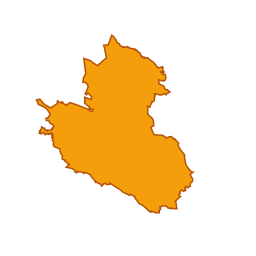 Irlavas pag., Tukums, Latvia, rotated 39°
{"feature_id": "27541924B56900525469147", "entity_name": "Irlavas pag.", "entity_type": "district", "adm_level": 2, "iso_a3": "LVA", "parent_name": "Latvia", "parent_adm1": "Tukums", "projection": "natural_earth1", "projection_center": [22.976, 56.86], "detail": "fine", "context": "isolated", "style": "filled", "palette": "amber", "viewbox_px": 256, "rotation_deg": 39, "n_neighbors": 0, "source": "geoboundaries", "source_scale": "gbopen_adm2", "svg_char_len": 5525}
<svg xmlns="http://www.w3.org/2000/svg" viewBox="0 0 256 256"><g transform="rotate(39 128 128)"><path d="M216.8,159.9L214.6,158.2L213.6,157.0L211.6,155.3L210.7,154.9L211.2,153.4L211.5,150.8L212.0,148.2L211.5,148.3L210.2,148.5L209.5,147.2L209.3,147.0L209.5,146.7L209.7,145.9L208.3,145.2L208.5,143.6L208.6,142.7L210.9,142.2L211.2,141.6L211.9,140.9L212.0,140.2L210.8,140.1L210.9,139.1L209.9,138.8L209.8,137.2L212.4,136.7L211.9,135.6L213.0,134.2L212.7,134.1L211.3,131.5L211.7,128.8L211.1,128.2L210.4,127.0L205.6,125.1L206.3,121.7L206.2,121.8L203.1,122.0L197.6,120.7L195.4,119.5L193.3,117.9L189.0,113.8L189.2,113.4L182.6,111.9L178.0,110.2L177.0,108.0L170.7,107.0L170.4,107.9L168.8,107.7L167.4,107.1L166.5,108.1L165.7,108.8L164.1,111.4L163.1,111.6L160.5,111.7L159.1,112.1L152.5,116.9L150.5,115.9L145.4,113.1L146.5,109.9L143.8,107.0L141.9,105.6L140.7,105.3L139.1,105.0L138.7,105.3L134.6,104.7L132.5,102.1L129.5,98.8L131.9,98.0L131.0,95.5L130.1,92.5L130.8,92.3L131.1,90.2L129.1,87.1L128.9,85.8L127.1,84.8L129.4,83.4L131.3,82.6L133.0,81.6L133.9,79.9L134.9,78.3L136.2,78.2L136.6,78.3L136.8,78.2L136.4,77.4L137.9,73.6L134.2,73.6L133.6,74.3L131.3,74.0L130.6,73.3L130.0,73.1L129.3,73.0L124.3,74.2L121.5,71.2L124.1,70.2L126.1,68.9L126.8,67.9L126.4,66.2L125.7,65.1L125.4,64.7L123.6,63.2L123.0,63.0L122.4,64.1L120.1,64.1L118.8,63.9L118.2,63.7L118.8,63.1L119.4,62.9L119.4,62.7L120.7,62.6L120.9,61.8L118.4,61.1L117.6,60.4L117.5,59.3L116.2,58.7L113.7,62.4L107.1,61.0L100.3,61.2L100.2,61.3L99.4,61.1L99.2,61.0L98.9,61.1L98.8,61.4L98.9,61.7L98.4,62.1L97.9,62.3L97.3,62.3L96.6,62.6L97.0,62.8L97.0,63.1L96.3,63.0L96.4,63.5L95.9,63.6L95.9,63.2L95.4,63.2L94.8,63.4L94.6,63.6L94.8,64.0L94.6,64.2L93.6,63.3L93.1,63.3L92.6,63.8L92.3,63.7L91.9,63.4L91.4,62.8L90.7,62.6L90.6,62.4L90.4,62.2L89.8,62.2L89.1,62.4L88.4,62.4L88.0,62.6L87.8,62.4L87.5,62.4L87.0,62.0L86.8,62.1L86.5,62.1L86.5,62.3L85.7,62.4L85.6,62.6L85.4,62.6L85.3,62.4L85.1,62.2L84.5,62.5L84.1,62.3L83.9,62.4L83.8,62.7L83.7,62.7L83.4,62.4L83.0,62.8L83.2,63.0L82.4,63.0L82.0,63.1L81.9,63.3L80.7,64.2L79.2,64.5L78.9,65.0L78.0,65.1L77.5,64.9L77.4,64.9L77.4,65.3L77.0,65.4L76.5,65.3L76.6,65.6L75.7,66.1L74.9,67.0L74.2,67.3L74.1,67.5L73.7,67.7L73.9,67.8L74.2,67.9L74.3,68.0L74.1,68.3L73.6,68.3L73.1,68.4L72.6,68.3L72.6,68.5L70.4,69.0L70.2,69.0L68.5,68.0L68.2,67.9L67.8,68.0L66.4,68.5L66.0,68.5L65.3,68.2L63.8,67.2L61.4,66.8L59.4,65.9L57.0,66.2L60.3,75.8L60.2,75.8L57.0,79.0L59.4,80.6L61.1,81.9L61.9,82.9L62.7,83.4L67.1,87.1L66.1,92.2L65.6,95.5L65.3,96.3L65.2,97.7L64.9,98.8L58.0,99.4L56.2,99.3L53.5,100.4L50.8,101.4L49.9,101.8L61.0,112.4L61.7,116.9L63.9,120.4L64.1,121.0L64.5,120.9L64.7,120.4L66.8,119.2L70.9,120.6L72.9,126.4L72.9,127.0L73.2,127.0L73.3,127.3L73.0,127.9L73.3,128.5L74.9,128.3L74.8,126.8L75.3,126.1L78.9,126.5L80.0,126.5L80.3,127.2L81.6,129.0L75.0,131.3L78.7,135.9L85.5,136.1L87.3,136.9L88.3,136.0L89.1,135.5L89.8,137.1L89.3,138.3L86.9,138.6L86.7,138.3L86.8,138.0L85.4,137.8L85.0,138.6L84.8,138.7L73.8,142.2L66.9,144.7L66.1,148.2L65.5,148.3L65.6,148.8L65.2,149.3L62.5,149.6L60.7,149.0L60.1,149.3L60.8,150.6L57.6,151.2L56.8,151.1L56.2,151.2L56.2,151.5L57.6,153.7L55.3,161.0L47.8,162.3L41.3,161.0L39.2,163.9L40.0,164.1L41.0,164.5L43.1,166.0L52.5,164.1L53.9,164.6L59.1,166.3L59.1,166.9L59.0,167.0L59.2,167.8L59.2,169.7L59.3,169.7L59.3,170.8L58.1,171.9L59.3,173.0L59.6,173.6L61.8,172.2L64.2,173.3L68.4,172.8L69.3,173.1L69.4,173.6L69.3,174.6L69.3,175.3L69.1,176.4L70.1,176.6L70.0,177.0L68.5,179.4L66.6,180.2L67.1,181.4L66.8,181.7L65.3,181.4L64.8,181.8L64.2,181.5L63.7,180.6L61.7,181.3L60.1,181.5L60.3,182.0L61.2,183.1L61.3,184.8L61.4,185.0L61.1,185.8L61.1,186.1L61.2,186.3L61.6,186.2L62.2,186.1L62.4,186.3L62.3,186.6L62.2,187.5L62.4,188.0L62.7,187.9L62.8,187.5L63.3,187.2L64.1,187.3L64.3,187.2L64.7,185.8L65.0,185.1L65.3,185.0L65.8,184.8L67.5,185.4L68.0,185.3L68.2,185.1L68.2,184.5L68.4,183.8L68.9,183.3L69.2,183.2L69.5,183.3L69.7,183.2L69.5,182.8L69.5,182.6L70.2,182.7L70.7,182.7L70.7,182.4L70.3,182.1L71.1,181.9L71.7,181.3L71.9,181.0L71.8,180.8L71.1,180.6L71.0,180.4L71.2,180.2L72.3,179.9L74.0,180.5L73.9,180.9L73.3,181.3L73.3,181.5L73.7,181.8L74.3,182.1L75.0,182.2L74.9,182.4L74.7,182.6L74.7,182.9L74.7,183.3L75.0,183.5L75.6,183.0L76.0,182.9L77.0,185.3L79.0,185.3L79.3,186.0L80.0,187.5L81.4,188.7L83.1,188.8L84.0,188.4L88.6,187.1L89.7,188.7L91.0,189.6L92.7,190.5L94.9,191.0L96.0,193.4L97.0,193.4L99.3,192.6L99.3,193.2L100.2,193.5L100.7,193.5L101.0,193.2L101.6,192.9L102.4,193.4L102.8,193.5L103.9,193.6L105.3,193.3L104.6,197.3L109.6,194.9L112.5,194.2L115.0,195.6L116.4,195.0L115.8,193.8L116.5,193.9L116.7,193.3L119.8,191.2L120.5,191.3L120.9,190.9L122.1,191.1L122.0,190.3L122.3,190.1L122.7,190.1L123.3,189.5L123.8,189.4L124.6,188.7L124.9,188.6L126.8,188.4L127.5,188.1L128.6,188.2L130.1,188.9L132.7,189.2L134.4,189.7L135.9,189.7L136.4,190.5L136.9,190.7L137.2,190.0L137.6,189.7L138.6,189.9L139.6,189.8L140.3,189.5L141.1,189.0L142.6,189.1L143.0,189.2L143.3,189.6L144.3,189.7L144.2,187.8L144.3,185.7L145.0,185.7L145.6,185.5L146.5,185.5L146.4,184.9L147.0,184.8L147.4,184.8L147.6,184.7L148.0,184.6L149.6,182.9L149.4,182.6L148.8,182.2L154.5,181.7L161.1,180.9L164.4,181.0L171.7,179.3L171.8,177.8L176.4,177.0L176.8,177.8L184.4,179.8L187.3,179.0L191.3,178.9L197.2,179.4L198.8,178.9L198.7,177.8L203.3,176.3L203.9,175.3L205.6,174.4L204.9,173.2L204.0,172.7L204.1,171.7L204.6,170.8L203.8,170.2L202.4,169.3L203.7,167.7L204.1,166.6L205.4,165.7L206.7,164.4L208.7,165.1L210.2,164.6L212.0,163.8L211.6,163.3L213.6,162.3L215.4,161.1L216.8,159.9Z" fill="#f59e0b" stroke="#b45309" stroke-width="1.5"/></g></svg>